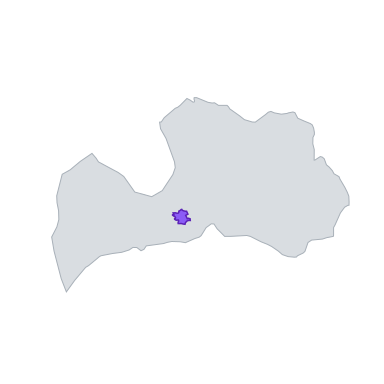 Latvia, with Iecavas highlighted, rotated 344°
{"feature_id": "LVA-5736", "entity_name": "Iecavas", "entity_type": "Municipality", "adm_level": 1, "iso_a3": "LVA", "parent_name": "Latvia", "parent_adm1": "", "projection": "mercator", "projection_center": [24.152, 56.602], "detail": "fine", "context": "in_parent", "style": "filled", "palette": "violet", "viewbox_px": 384, "rotation_deg": 344, "n_neighbors": 0, "source": "natural_earth", "source_scale": "10m", "svg_char_len": 2651}
<svg xmlns="http://www.w3.org/2000/svg" viewBox="0 0 384 384"><g transform="rotate(344 192 192)"><path d="M274.6,283.3L272.5,282.9L266.6,280.6L261.6,277.1L258.7,272.6L253.5,266.3L250.1,263.1L244.8,259.0L235.9,250.8L232.7,248.9L216.9,245.3L211.2,243.7L206.0,234.3L204.3,228.8L201.7,227.9L198.9,229.0L195.8,230.1L188.7,236.5L186.4,237.4L182.0,237.5L171.7,238.9L167.0,236.6L158.9,234.0L154.5,233.6L150.5,233.7L133.2,231.2L130.0,233.9L126.8,234.4L123.7,230.2L119.9,229.0L115.6,230.4L107.8,230.6L98.6,229.2L86.9,228.2L85.2,228.6L72.2,234.3L69.0,235.1L54.9,244.6L43.7,253.4L42.4,239.3L43.1,210.8L44.7,196.6L52.5,188.3L56.4,181.8L58.6,173.2L59.3,165.1L60.9,158.4L72.1,139.2L81.0,137.1L93.0,131.8L106.5,127.3L109.1,133.0L110.4,137.3L126.6,153.1L130.7,158.3L137.0,176.3L152.0,185.4L163.8,182.5L168.9,178.1L178.4,170.0L182.6,164.0L183.5,158.2L181.8,133.4L179.2,122.6L180.1,115.9L181.8,116.2L185.8,112.9L199.0,106.9L201.6,106.6L204.6,105.4L212.9,100.7L215.6,103.2L217.8,106.0L219.1,106.0L219.6,105.0L219.5,103.2L220.1,101.9L222.5,102.6L232.1,110.2L235.8,112.0L238.3,112.5L241.3,116.0L249.6,118.4L250.6,120.2L251.2,122.5L258.9,132.1L262.3,136.9L269.2,141.3L272.1,142.3L284.1,137.8L287.4,136.3L290.1,136.3L292.9,138.6L299.3,141.8L305.2,142.7L306.2,142.5L311.1,142.9L312.8,144.1L314.0,150.2L319.6,154.9L324.7,158.9L326.1,160.7L326.5,164.2L326.1,168.3L325.5,170.4L323.3,172.9L321.4,179.0L321.2,184.9L318.2,195.0L318.9,195.2L325.1,193.3L326.9,194.4L328.3,196.6L328.7,202.9L330.7,205.8L332.8,210.2L333.5,213.6L337.5,217.7L337.8,220.4L340.2,229.7L341.2,235.0L341.6,239.2L340.4,244.4L339.3,248.0L338.1,247.8L334.5,248.7L328.9,253.0L320.5,263.0L318.3,265.2L316.1,272.8L315.6,273.6L310.7,273.2L309.3,273.0L304.4,273.2L293.7,271.2L289.6,272.5L284.2,280.2L282.1,281.3L275.7,282.4L274.6,283.3Z" fill="#d9dde1" stroke="#a8b0b8" stroke-width="1"/><path d="M176.9,205.8L177.4,205.9L177.6,206.8L178.1,207.3L178.9,207.9L180.7,208.8L181.5,209.0L182.0,212.2L179.5,212.7L180.1,216.4L181.2,216.2L182.8,217.2L182.5,218.9L181.0,218.4L179.2,218.5L177.2,219.7L176.4,221.1L174.8,220.4L173.9,219.9L172.9,219.3L171.1,218.9L170.0,218.5L170.3,217.3L171.1,216.3L171.3,215.5L171.1,215.1L170.6,215.0L170.1,215.0L169.0,214.7L168.4,214.2L167.8,213.4L167.8,213.0L167.9,212.9L168.3,212.9L168.7,212.8L169.1,212.2L169.0,211.8L168.8,211.5L168.8,211.2L168.8,210.9L168.6,210.8L168.2,210.5L167.1,209.2L166.9,208.7L167.0,208.6L167.4,208.9L167.6,209.2L168.1,209.1L168.4,209.0L168.1,206.9L170.3,207.4L171.6,208.2L172.1,208.4L172.9,208.5L173.3,208.3L173.8,207.7L173.9,207.2L174.1,206.8L174.4,206.6L174.8,206.7L175.4,206.5L176.3,206.1L176.9,205.8Z" fill="#8b5cf6" stroke="#5b21b6" stroke-width="1.5"/></g></svg>